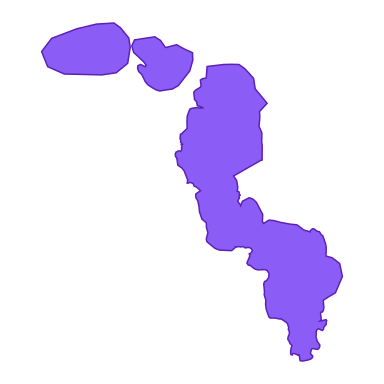 outline of Kadavu, Fiji, rotated 270°
{"feature_id": "14151628B61046117406534", "entity_name": "Kadavu", "entity_type": "district", "adm_level": 2, "iso_a3": "FJI", "parent_name": "Fiji", "parent_adm1": "", "projection": "natural_earth1", "projection_center": [178.202, -18.951], "detail": "fine", "context": "isolated", "style": "filled", "palette": "violet", "viewbox_px": 384, "rotation_deg": 270, "n_neighbors": 0, "source": "geoboundaries", "source_scale": "gbopen_adm2", "svg_char_len": 4537}
<svg xmlns="http://www.w3.org/2000/svg" viewBox="0 0 384 384"><g transform="rotate(270 192 192)"><path d="M234.4,181.6L232.6,180.7L233.1,179.6L233.0,178.4L232.8,177.6L232.3,177.1L231.9,176.0L230.6,175.5L229.7,175.2L228.7,175.5L227.6,175.5L227.0,175.8L226.2,176.7L224.0,177.1L218.8,177.8L216.0,181.9L213.4,184.0L204.7,187.4L204.3,187.7L200.9,187.2L200.9,188.2L201.4,189.5L201.3,191.2L200.4,193.1L197.8,194.2L196.9,196.6L194.0,199.8L193.3,200.5L191.7,198.1L189.8,195.7L186.3,195.9L183.2,197.8L177.3,199.0L172.0,199.5L164.9,201.9L161.2,206.3L156.1,206.5L151.3,207.9L145.3,206.3L142.4,206.8L138.2,211.8L135.6,215.0L133.9,219.7L133.5,228.0L133.4,231.7L136.3,235.1L137.2,235.3L136.9,235.8L136.9,236.3L137.4,238.5L137.0,241.0L137.2,241.6L137.4,242.7L137.0,244.0L136.2,244.8L136.1,245.9L136.4,246.2L136.4,247.3L136.5,249.2L135.4,251.3L133.2,252.3L132.6,252.0L130.4,250.4L130.4,249.3L130.0,249.2L129.2,249.7L128.2,249.6L127.6,249.8L127.0,249.3L126.4,249.3L125.6,248.8L121.0,246.9L119.1,248.1L118.7,248.9L118.7,250.0L118.4,250.2L118.4,250.8L117.7,251.2L115.2,254.4L114.1,257.7L114.4,265.0L113.3,267.4L110.4,269.0L106.6,268.7L103.5,266.7L102.5,264.6L100.9,264.0L100.0,263.7L96.4,264.1L91.8,264.5L89.5,264.2L87.0,264.8L86.4,265.1L83.9,265.8L82.0,265.7L80.2,265.6L79.4,265.6L74.8,266.2L73.2,266.7L71.7,267.3L70.4,267.7L67.1,268.9L66.3,269.7L65.9,271.0L66.0,272.5L65.9,275.4L65.8,276.0L65.1,278.9L65.0,280.9L65.2,281.0L64.1,282.5L63.7,283.4L63.2,283.9L63.0,284.3L62.8,284.5L62.2,285.5L61.9,285.8L61.1,286.9L60.3,287.4L60.0,287.5L59.7,287.8L58.6,287.9L57.6,288.3L56.9,288.7L56.3,288.7L54.7,288.3L54.3,288.4L53.2,289.1L52.9,289.1L52.3,289.3L49.8,289.3L48.0,288.4L46.9,288.1L45.0,287.8L44.1,288.1L42.9,289.0L42.4,289.3L41.7,289.5L41.3,289.8L41.1,289.8L40.1,290.2L39.8,290.8L39.4,291.2L38.9,291.5L38.3,291.7L38.0,291.9L36.0,291.1L35.4,291.0L33.7,290.8L31.9,290.6L30.7,290.7L29.6,290.9L29.3,291.1L29.3,291.5L29.1,292.2L29.5,292.2L29.9,292.5L30.3,293.0L30.4,293.9L30.3,295.0L29.7,296.2L29.5,296.5L29.4,296.8L28.8,297.9L28.8,298.3L29.1,298.4L29.4,298.7L29.4,298.9L27.5,299.4L24.9,299.8L23.3,300.1L23.1,301.4L23.0,302.7L23.6,306.2L24.0,307.9L24.6,309.9L25.5,311.6L26.3,312.3L27.9,312.8L29.0,311.6L30.8,310.4L34.7,311.5L35.5,312.5L35.0,314.9L34.6,317.1L35.1,318.6L37.0,319.6L38.9,319.9L42.6,317.3L47.4,315.9L49.0,316.2L50.4,316.2L52.6,316.3L54.0,316.7L55.4,318.5L54.3,320.4L53.5,322.3L54.6,323.4L57.2,324.0L58.5,325.3L59.6,326.2L61.7,326.2L63.5,326.7L64.4,325.9L63.7,323.5L62.9,320.0L62.9,319.8L64.2,321.3L71.0,320.5L71.8,321.0L72.0,322.4L73.5,323.3L76.4,323.9L79.3,323.6L81.6,323.4L83.7,323.3L87.0,328.3L91.2,335.4L107.5,342.4L120.4,339.7L126.2,332.3L128.0,325.9L133.2,326.2L136.9,326.2L140.5,325.5L148.2,322.8L149.4,321.2L152.3,319.4L152.8,316.9L155.0,314.3L155.3,312.5L153.4,310.4L152.1,310.1L154.1,303.6L156.5,300.6L159.2,296.9L159.9,289.9L161.7,280.2L163.4,274.0L163.9,269.0L160.6,263.6L162.4,262.4L169.6,262.7L181.6,256.4L184.7,253.3L186.3,249.2L182.8,242.5L178.2,240.6L179.7,240.0L182.6,237.8L185.5,239.0L185.8,239.4L186.4,239.4L187.3,238.9L187.9,239.0L188.3,239.4L188.6,240.1L189.1,240.1L189.6,239.6L190.1,239.2L191.1,239.2L191.9,239.1L192.6,238.3L192.6,237.2L196.7,237.8L203.7,236.6L208.0,233.5L223.6,260.7L223.9,262.1L238.4,262.2L242.0,261.7L247.2,261.8L251.0,261.9L257.8,259.0L264.8,259.7L267.9,259.8L272.4,259.5L280.7,267.1L295.2,255.2L305.6,253.6L310.8,249.0L315.3,244.8L319.5,239.0L319.7,231.3L319.5,223.6L317.5,207.1L306.0,206.2L305.3,202.4L304.0,200.4L302.4,200.5L298.6,201.1L296.6,200.2L294.0,195.7L291.9,193.8L284.5,194.5L282.1,196.6L278.7,197.2L276.0,203.6L276.0,202.1L275.8,199.6L276.6,197.9L275.7,191.7L274.7,189.7L272.3,188.8L267.6,187.2L263.3,187.0L255.5,187.1L251.0,182.3L250.2,182.0L249.9,180.5L248.0,180.2L247.2,180.2L246.5,180.5L245.7,180.0L245.0,180.2L244.7,180.6L243.6,180.5L242.4,180.8L241.5,180.7L240.5,181.9L239.9,181.9L239.5,181.5L239.5,182.4L239.1,182.1L238.3,181.9L237.3,182.0L236.7,181.5L236.1,181.4L235.1,181.8L234.4,181.6ZM346.0,128.8L356.2,120.5L361.0,114.0L359.9,96.3L355.2,76.7L345.7,51.7L332.4,41.6L317.3,47.7L310.0,64.3L309.1,101.7L311.2,116.2L320.7,127.7L336.7,130.2L346.0,128.8ZM344.1,134.5L338.1,131.8L331.7,133.6L322.0,143.8L318.8,146.1L317.3,145.2L319.6,140.6L318.3,137.8L315.6,137.6L312.4,138.7L309.7,141.6L306.0,143.5L302.6,145.1L300.4,146.8L298.8,148.4L296.1,152.6L294.1,156.2L293.0,159.7L294.0,165.6L295.0,172.5L298.4,178.3L313.1,189.8L323.9,192.8L331.3,192.5L335.0,184.3L339.3,176.6L337.4,169.4L336.5,165.4L343.5,160.6L347.2,154.8L344.1,134.5Z" fill="#8b5cf6" stroke="#5b21b6" stroke-width="1.5"/></g></svg>